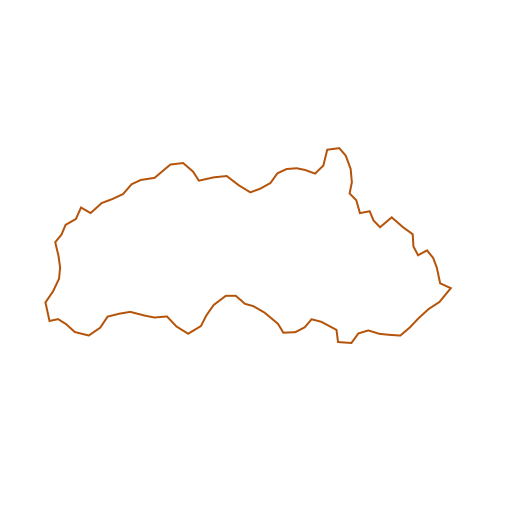 Louveira, São Paulo, Brazil (Robinson projection), rotated 18°
{"feature_id": "56859067B25625796760656", "entity_name": "Louveira", "entity_type": "district", "adm_level": 2, "iso_a3": "BRA", "parent_name": "Brazil", "parent_adm1": "São Paulo", "projection": "robinson", "projection_center": [-46.935, -23.083], "detail": "fine", "context": "isolated", "style": "outline", "palette": "amber", "viewbox_px": 512, "rotation_deg": 18, "n_neighbors": 0, "source": "geoboundaries", "source_scale": "gbopen_adm2", "svg_char_len": 1290}
<svg xmlns="http://www.w3.org/2000/svg" viewBox="0 0 512 512"><g transform="rotate(18 256 256)"><path d="M301.9,127.7L290.9,132.9L292.1,149.1L286.7,159.4L276.0,159.0L267.5,160.0L258.3,163.8L250.8,170.7L247.2,182.1L239.2,190.7L230.9,197.2L217.9,194.1L203.4,189.0L191.8,194.1L178.4,202.0L169.9,195.1L157.9,190.1L146.3,195.5L135.4,213.0L122.9,219.3L115.5,226.2L110.4,238.2L101.7,246.3L92.9,253.3L85.4,266.3L74.6,264.0L73.3,276.4L65.3,285.2L64.4,295.7L60.8,304.9L68.1,316.9L73.3,327.6L75.7,338.5L73.9,352.4L70.1,365.2L79.7,381.6L87.3,377.2L96.5,379.5L107.2,384.3L121.5,383.3L130.0,372.3L133.6,359.5L144.0,353.0L153.7,348.0L168.2,347.1L178.4,345.9L190.0,341.0L202.1,347.6L215.5,350.9L225.3,339.6L227.1,328.0L230.9,315.6L239.6,303.2L249.0,300.1L260.3,304.9L268.9,304.5L281.6,307.2L297.9,313.7L305.7,320.5L316.9,316.3L324.4,308.7L328.4,299.0L338.3,298.4L355.4,301.4L360.6,312.5L373.6,309.3L377.3,298.0L385.8,292.1L397.4,291.9L407.0,289.8L417.8,287.1L424.4,276.4L429.8,265.0L436.7,252.9L444.7,243.0L451.2,226.4L439.6,225.1L431.6,211.3L425.1,203.1L416.9,197.8L409.9,205.2L402.8,198.3L398.3,186.9L386.7,183.1L373.1,177.3L365.1,190.3L356.8,185.9L350.3,178.3L341.6,183.1L334.2,172.0L325.7,167.6L324.4,156.3L319.1,143.9L310.4,132.9L301.9,127.7Z" fill="none" stroke="#b45309" stroke-width="2"/></g></svg>